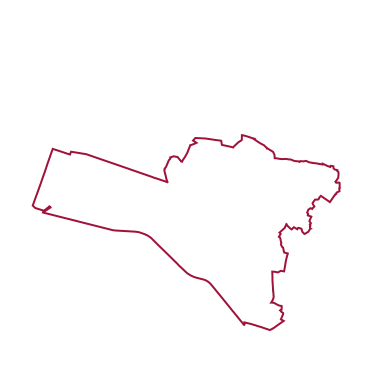 Slampes pag., Tukums, Latvia (orthographic projection), rotated 209°
{"feature_id": "27541924B56593653615616", "entity_name": "Slampes pag.", "entity_type": "district", "adm_level": 2, "iso_a3": "LVA", "parent_name": "Latvia", "parent_adm1": "Tukums", "projection": "orthographic", "projection_center": [23.272, 56.873], "detail": "fine", "context": "isolated", "style": "outline", "palette": "rose", "viewbox_px": 384, "rotation_deg": 209, "n_neighbors": 0, "source": "geoboundaries", "source_scale": "gbopen_adm2", "svg_char_len": 5440}
<svg xmlns="http://www.w3.org/2000/svg" viewBox="0 0 384 384"><g transform="rotate(209 192 192)"><path d="M324.7,102.9L321.3,102.0L312.6,103.8L312.2,104.3L312.1,104.7L312.0,104.9L311.8,105.3L311.7,105.7L311.5,105.9L311.4,105.9L310.6,107.4L310.8,107.8L309.5,109.9L309.9,110.1L309.8,110.3L309.2,110.3L308.8,110.3L308.2,109.9L309.4,107.8L309.7,107.0L310.7,105.3L311.0,104.7L311.2,104.2L311.8,103.5L312.6,102.7L312.4,101.8L254.5,117.1L245.1,119.6L243.2,120.1L242.5,120.3L241.3,120.8L239.9,121.4L222.8,129.6L221.8,130.0L220.9,130.4L219.7,130.8L219.0,131.1L217.4,131.4L213.4,132.1L212.0,132.3L211.8,132.2L211.1,132.3L209.7,132.4L208.6,132.3L207.0,132.2L206.4,132.1L205.2,131.9L198.9,130.1L195.0,129.0L190.2,127.7L189.9,127.6L189.7,127.6L176.7,124.0L176.0,123.7L175.8,123.7L169.9,122.1L168.3,121.5L166.7,121.1L166.1,121.0L159.2,119.2L158.0,118.9L157.1,118.7L156.4,118.6L154.9,118.5L153.1,118.4L152.2,118.4L151.3,118.5L149.8,118.6L149.1,118.7L147.7,118.9L146.5,119.2L140.8,120.7L139.2,121.1L138.3,121.3L137.1,121.4L135.9,121.4L134.4,121.3L134.0,121.3L132.2,120.9L130.9,120.5L129.6,120.0L112.6,113.3L112.1,113.0L111.0,112.6L110.2,112.3L104.0,109.8L99.7,108.0L96.8,106.9L86.4,102.7L84.2,101.9L82.9,101.3L82.6,101.0L82.0,101.0L81.8,101.4L82.3,102.7L82.8,103.4L76.3,105.2L76.0,105.3L74.3,105.6L72.7,106.0L67.9,106.9L67.1,107.2L61.9,108.1L60.7,108.3L60.4,108.4L57.6,108.9L56.9,109.0L55.7,110.9L55.3,111.4L55.4,111.5L55.2,111.8L54.6,112.7L52.1,117.9L51.4,119.4L49.9,122.4L49.3,123.7L50.8,123.7L52.5,123.7L53.1,129.4L53.6,130.3L54.8,130.4L55.3,130.5L56.1,130.6L57.2,131.2L57.5,131.2L57.3,131.8L57.2,131.8L56.6,132.4L57.4,134.2L58.2,135.6L58.4,135.8L58.8,135.6L59.5,135.3L60.6,135.0L62.1,134.8L63.1,134.8L63.6,134.8L65.8,134.8L66.6,134.7L67.1,134.6L68.0,134.2L68.8,133.9L69.1,133.7L69.0,136.2L69.3,138.2L69.4,139.0L69.5,139.4L69.7,139.8L70.2,140.6L70.7,141.3L72.5,144.2L72.8,144.3L74.1,146.4L79.2,154.4L79.7,155.4L80.2,156.3L80.7,157.1L81.7,158.8L83.2,161.3L81.5,162.1L80.6,162.5L78.3,163.1L78.0,163.3L77.8,163.5L77.6,163.8L77.0,164.7L76.7,165.2L76.5,165.5L76.0,166.1L75.6,166.3L73.0,167.2L73.6,169.1L75.5,174.5L75.5,174.4L76.9,178.6L77.2,179.7L77.6,181.3L78.4,184.7L81.9,183.8L82.0,184.0L82.6,184.3L83.3,185.0L83.7,185.6L85.3,187.4L85.4,187.5L85.6,187.6L86.1,187.6L86.3,187.6L87.7,188.4L88.0,188.6L88.7,189.2L88.8,189.3L89.1,190.7L89.6,191.1L90.6,192.2L92.5,194.5L93.2,194.9L93.3,194.8L94.3,194.9L94.3,195.6L94.1,198.3L95.8,198.9L95.4,199.9L95.1,200.8L93.5,205.5L93.6,206.8L93.7,207.7L93.7,208.4L93.9,209.7L93.6,209.7L92.9,209.1L92.4,208.8L89.0,207.9L88.6,207.8L86.7,207.6L85.8,210.6L82.6,210.5L81.8,210.5L81.9,211.5L81.8,211.9L81.7,212.1L81.4,212.3L81.1,212.4L78.5,212.9L76.2,210.7L73.5,209.8L73.4,209.8L73.2,209.9L73.0,210.1L71.0,213.6L71.0,213.9L70.9,216.2L70.8,217.0L70.5,217.4L70.8,217.4L71.7,218.2L72.3,219.5L72.1,219.7L72.2,220.1L72.4,220.6L73.2,220.8L73.2,221.0L73.1,222.2L73.0,222.4L75.2,223.4L75.7,228.3L79.4,227.7L79.8,229.2L81.3,229.8L81.5,231.4L81.6,232.7L81.7,232.9L81.7,233.0L81.1,234.0L80.9,234.6L80.7,234.9L80.3,235.4L78.8,235.4L78.7,235.4L78.7,235.5L78.6,236.4L78.0,238.3L78.0,238.8L79.6,239.5L80.1,239.8L81.1,240.6L81.2,240.8L80.7,244.7L80.7,245.0L78.1,246.5L77.9,246.9L77.8,247.2L77.9,248.8L77.9,249.2L77.8,249.6L77.4,251.1L71.2,250.5L66.5,250.0L65.7,258.3L65.6,258.2L64.9,260.5L65.3,261.5L63.4,264.2L65.0,266.6L64.6,266.9L64.7,267.1L64.8,267.2L67.3,271.5L67.7,271.6L67.8,271.6L70.4,270.0L71.0,270.2L71.1,270.3L71.2,270.5L71.5,270.6L71.4,270.8L71.1,274.1L71.0,275.4L72.0,277.6L72.4,278.6L72.6,278.9L73.7,280.5L75.1,280.8L75.4,281.6L78.1,280.9L79.6,281.2L80.2,282.1L80.7,283.0L82.2,282.6L83.4,282.1L83.2,280.9L86.5,280.4L91.5,280.1L91.2,279.3L93.6,278.5L94.2,278.2L94.3,278.3L97.2,277.3L99.0,276.6L99.8,276.2L103.9,274.8L107.4,274.5L109.1,273.0L109.6,272.7L110.4,272.4L112.2,271.5L112.4,270.7L112.7,270.7L112.8,270.4L113.5,270.5L116.0,269.4L116.7,269.1L117.8,268.7L119.8,268.5L120.3,268.4L120.7,268.4L121.9,268.1L122.7,267.7L123.2,267.4L123.7,267.2L124.4,267.0L126.0,266.4L126.8,265.9L128.3,265.0L128.4,264.9L130.5,263.8L134.0,262.6L136.1,261.7L136.9,263.0L137.9,264.5L139.0,265.3L140.5,266.4L144.2,266.6L145.8,266.6L147.3,266.7L147.7,266.4L148.2,267.0L149.4,267.1L151.6,267.8L155.5,267.7L159.0,267.9L162.1,268.2L163.7,268.3L163.6,268.6L163.5,268.8L165.1,268.4L169.4,267.6L173.6,266.7L175.9,265.9L173.7,261.7L173.9,260.9L174.5,260.0L175.1,258.8L175.7,257.7L175.9,256.8L176.4,255.4L177.6,251.4L177.6,251.0L177.6,250.9L179.4,250.5L188.7,247.7L190.0,249.3L191.2,250.9L191.6,250.9L197.4,248.6L198.5,248.2L201.2,247.2L206.2,245.3L215.2,240.9L215.5,239.7L216.0,237.5L211.9,237.2L213.0,235.7L213.7,234.8L215.7,232.5L215.9,232.2L216.2,232.1L216.1,231.7L216.0,231.0L215.8,229.3L215.6,227.5L215.2,224.7L215.1,223.8L215.1,221.8L215.1,220.9L215.2,218.4L215.4,216.6L215.4,215.9L215.5,215.1L215.4,213.8L215.6,213.8L215.6,213.6L216.5,213.5L216.8,213.7L221.6,215.6L223.0,215.1L225.4,214.3L227.8,211.6L227.1,210.7L227.7,208.6L227.5,207.3L227.1,203.2L226.9,201.8L226.9,201.6L226.9,201.1L227.2,199.3L227.2,199.0L226.9,198.6L227.0,198.4L226.8,198.2L226.4,197.1L226.2,196.9L221.3,191.7L221.2,191.6L221.1,191.4L221.0,191.2L218.2,188.8L218.2,188.7L230.4,186.5L230.6,186.4L230.8,186.3L235.5,185.6L245.7,183.8L266.5,180.2L284.6,177.0L302.8,173.8L317.3,168.6L316.9,165.6L317.9,165.4L329.1,163.3L334.7,162.2L332.1,146.7L330.4,137.7L329.3,130.8L328.9,128.7L328.4,126.0L326.4,113.5L325.7,109.0L324.7,102.9Z" fill="none" stroke="#9f1239" stroke-width="2"/></g></svg>